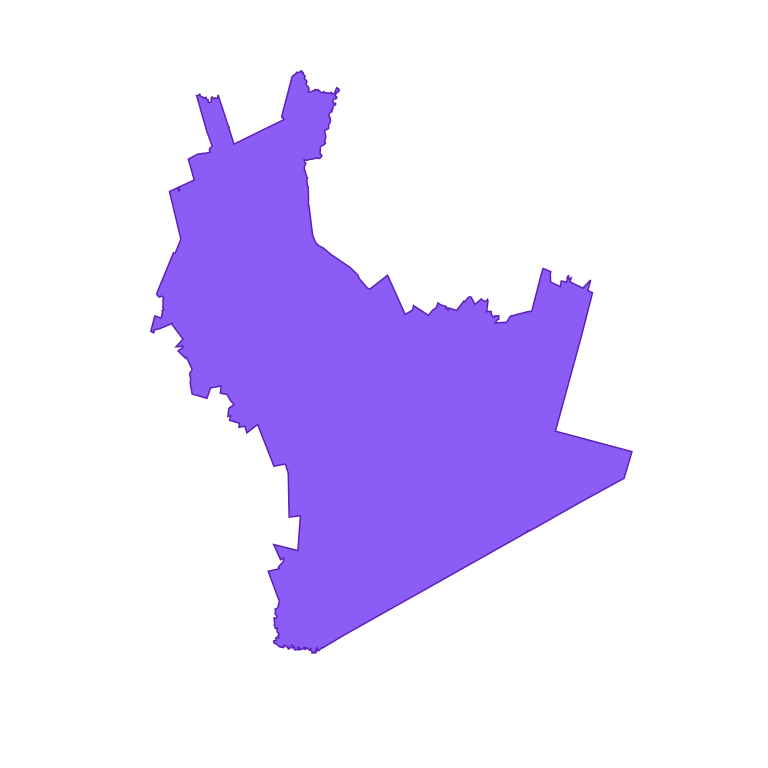 China, Nuevo León, Mexico (Equal Earth projection), rotated 15°
{"feature_id": "50627088B55287529852114", "entity_name": "China", "entity_type": "district", "adm_level": 2, "iso_a3": "MEX", "parent_name": "Mexico", "parent_adm1": "Nuevo León", "projection": "equal_earth", "projection_center": [-99.08, 25.492], "detail": "fine", "context": "isolated", "style": "filled", "palette": "violet", "viewbox_px": 768, "rotation_deg": 15, "n_neighbors": 0, "source": "geoboundaries", "source_scale": "gbopen_adm2", "svg_char_len": 6158}
<svg xmlns="http://www.w3.org/2000/svg" viewBox="0 0 768 768"><g transform="rotate(15 384 384)"><path d="M215.9,110.4L215.7,111.1L215.9,152.0L216.8,153.4L217.9,153.2L218.8,154.6L177.0,191.1L168.0,177.1L168.2,176.4L167.9,175.8L167.2,175.8L149.3,148.2L148.9,148.3L148.9,148.9L149.8,150.3L149.4,150.9L148.9,150.7L148.6,151.4L147.8,151.5L147.1,151.3L146.5,152.2L146.1,152.3L145.7,152.0L144.8,152.0L143.9,151.3L143.3,151.4L143.1,152.2L143.7,152.8L143.3,154.0L144.1,154.9L144.1,155.8L142.5,157.4L141.1,157.4L140.8,155.1L140.4,154.9L139.9,155.2L139.2,155.1L138.5,154.5L138.3,153.5L138.1,153.3L137.6,153.3L135.9,154.8L135.4,153.9L134.3,153.9L132.0,153.3L131.4,152.7L131.4,152.0L131.1,151.7L129.2,153.9L128.4,154.0L148.0,186.7L156.4,198.5L154.5,202.2L156.0,205.0L151.2,207.6L149.1,208.2L144.4,210.3L136.8,217.4L147.9,236.1L134.8,247.0L136.5,250.0L135.7,250.7L134.0,247.7L127.0,253.6L150.3,296.6L148.5,311.7L146.7,311.7L141.2,354.0L141.3,356.4L144.1,358.2L146.5,356.8L148.5,357.5L148.9,358.8L148.7,360.5L149.9,363.5L150.5,367.3L151.1,368.2L151.8,368.6L150.8,370.5L151.2,370.6L151.7,376.5L151.3,378.3L148.1,377.6L145.0,377.6L145.1,393.5L148.2,394.2L148.5,390.9L152.8,388.8L163.7,380.3L164.0,381.5L178.2,392.7L173.4,401.9L175.5,401.4L179.7,399.3L180.4,401.0L179.2,401.8L176.5,405.4L184.5,409.9L184.8,409.4L186.0,410.4L186.5,409.7L188.7,412.3L190.0,413.4L190.7,414.6L194.9,419.5L193.5,424.4L195.8,428.7L196.6,433.3L201.2,443.3L216.7,443.7L217.4,432.8L227.0,428.1L227.3,428.3L228.3,435.3L234.9,434.7L239.6,439.4L244.5,443.0L240.6,447.1L240.6,449.0L241.6,455.8L243.9,454.3L244.3,459.1L254.2,459.3L254.4,459.1L255.0,463.4L260.6,460.8L264.2,466.7L272.4,455.8L299.0,491.9L309.4,486.8L314.6,495.0L326.8,537.1L337.4,532.9L343.9,567.2L319.0,567.6L329.6,580.5L332.0,578.2L332.7,581.4L329.3,588.2L330.6,589.6L320.6,594.9L338.4,619.9L339.2,619.9L339.2,626.4L339.7,626.7L339.1,628.0L337.1,629.7L337.7,629.9L338.0,630.4L337.9,632.8L338.4,634.3L340.1,635.5L340.6,636.2L340.8,636.8L340.5,638.0L338.4,638.3L338.3,638.6L340.0,642.5L340.4,644.0L340.4,645.6L341.5,646.6L342.1,648.1L343.0,648.1L344.1,647.2L344.4,648.0L344.3,649.5L344.9,651.0L345.5,651.7L346.6,651.9L347.3,652.5L347.2,653.8L346.7,654.6L347.9,655.9L348.0,656.3L346.3,656.4L345.3,657.0L345.2,657.8L346.3,659.1L346.3,659.4L345.7,660.0L344.4,660.3L343.9,661.0L344.2,661.9L345.0,662.4L345.6,663.1L347.6,663.0L351.3,664.9L352.8,665.0L353.9,664.5L354.9,664.8L355.5,664.2L355.0,663.4L354.9,662.6L356.1,662.2L357.2,662.5L358.0,663.2L359.4,662.9L359.7,664.2L360.2,664.8L362.2,662.8L361.9,661.1L362.4,660.2L363.1,660.1L363.7,660.4L364.0,661.1L363.9,662.6L364.3,662.6L365.4,661.7L366.1,661.9L366.1,663.5L366.7,663.9L368.8,663.2L369.9,661.8L370.0,661.3L369.8,661.1L369.4,661.0L369.1,661.4L368.9,661.2L368.9,660.8L369.5,660.4L370.1,660.4L370.8,660.9L370.9,661.4L370.4,662.3L370.5,662.8L374.3,661.0L374.8,659.4L375.2,659.1L376.1,659.2L376.0,660.5L376.5,660.9L376.9,660.6L377.2,659.0L379.1,659.3L381.0,660.5L381.6,660.1L381.7,658.7L382.2,659.1L382.5,659.8L383.8,661.6L384.1,662.5L384.9,662.3L385.9,661.2L386.3,661.3L386.4,661.7L387.6,661.3L387.9,660.4L387.2,659.6L387.4,658.4L387.1,657.5L387.6,656.3L388.0,656.3L388.6,657.2L387.8,658.5L387.8,659.1L388.4,659.1L389.0,658.4L390.2,658.3L390.7,657.7L390.9,656.9L392.0,655.0L392.4,654.9L392.7,655.2L410.4,636.9L560.7,489.9L560.2,489.2L561.4,488.1L561.9,488.8L568.3,482.8L603.1,448.5L640.3,412.9L641.0,385.2L561.8,385.2L562.3,287.3L561.8,241.9L556.7,240.9L556.7,230.0L551.8,238.9L551.6,239.9L537.3,237.3L537.3,233.1L535.8,234.7L535.6,234.0L535.1,234.2L534.2,232.9L534.4,231.7L533.9,231.8L534.0,232.9L533.3,233.4L534.1,236.6L533.7,238.9L533.1,238.8L532.9,238.3L528.6,238.6L529.0,244.3L518.6,242.4L516.2,234.9L516.1,232.4L509.0,231.3L508.0,231.6L507.7,231.4L507.5,238.4L507.9,275.4L503.1,277.5L488.4,285.9L486.5,292.6L475.7,296.2L476.8,292.5L478.1,292.0L477.2,288.4L473.3,289.7L473.3,290.7L472.2,291.2L471.6,290.2L470.2,289.6L468.7,286.2L468.2,286.2L467.4,286.9L465.6,286.7L464.6,287.2L464.4,287.6L463.0,277.0L462.1,275.4L460.8,278.0L457.2,277.6L456.0,276.6L451.4,283.6L445.6,277.5L443.5,277.8L441.2,282.3L441.0,283.8L439.6,283.3L435.2,294.1L427.0,293.8L426.7,295.9L425.7,295.6L425.6,295.2L425.3,295.1L425.3,294.2L424.1,293.3L423.6,294.2L422.9,293.0L418.6,292.9L415.0,291.8L415.1,293.6L414.8,296.6L411.6,300.5L409.3,306.2L392.3,300.6L392.5,305.2L386.4,311.3L359.3,278.0L345.8,296.0L343.1,295.6L332.8,288.6L330.7,285.6L321.2,280.3L300.4,273.0L289.4,268.1L285.5,267.5L281.1,264.8L276.6,258.9L265.6,231.7L265.1,230.5L264.5,230.7L263.2,224.8L259.7,213.1L258.4,211.6L256.3,205.9L256.9,204.9L255.8,204.3L255.2,202.7L254.4,202.0L253.6,200.5L252.9,198.7L251.6,197.5L250.8,194.0L251.3,192.0L251.1,192.0L251.1,190.7L250.2,191.0L248.8,187.8L250.7,188.1L251.5,187.9L255.0,185.8L256.5,185.4L260.3,183.3L263.2,182.9L264.7,180.9L264.8,179.3L264.4,178.9L263.5,178.8L262.3,177.1L262.1,174.8L261.6,173.5L261.2,171.3L262.1,170.0L264.3,168.4L265.1,166.4L263.9,164.9L263.9,160.6L262.3,156.9L261.3,155.5L261.1,155.1L261.5,154.0L263.5,152.5L264.3,151.7L264.4,151.1L263.3,148.1L264.1,146.3L264.2,143.9L262.9,140.5L262.3,139.9L261.3,139.3L261.2,137.6L261.6,135.6L263.3,134.5L263.1,133.6L262.4,132.8L262.5,132.2L263.4,131.9L263.1,130.7L263.0,128.4L263.5,127.8L264.7,127.2L264.9,126.5L264.7,125.5L262.8,125.8L261.8,125.4L261.4,124.6L261.9,121.5L262.1,121.2L263.7,121.1L264.3,119.9L264.3,119.6L263.4,118.5L262.5,118.7L262.0,117.6L262.9,115.0L264.6,113.1L264.7,112.0L264.6,111.5L263.4,110.4L261.6,110.1L261.0,114.3L261.1,115.7L260.3,116.6L258.4,117.1L257.8,116.0L257.4,116.0L256.4,117.2L254.5,117.3L252.5,118.0L251.6,117.6L250.3,117.6L249.9,117.2L249.6,117.5L249.3,118.5L248.3,119.0L247.0,118.5L246.1,117.5L245.3,117.6L244.8,117.0L243.6,116.8L242.4,117.7L241.3,117.3L241.0,117.7L241.3,118.2L241.0,118.8L240.2,118.9L239.1,119.4L237.4,121.1L235.8,121.7L235.3,121.1L235.6,119.1L234.7,117.8L234.3,116.8L232.7,116.0L230.9,113.9L231.3,111.8L230.3,110.7L228.2,110.0L227.9,109.4L228.3,107.8L228.0,107.0L226.6,105.9L225.6,105.7L225.5,104.5L225.0,104.0L224.3,104.2L223.7,103.0L222.7,103.2L221.7,104.6L220.3,105.4L219.0,105.5L218.5,107.4L217.4,108.2L216.4,110.0L215.9,110.4Z" fill="#8b5cf6" stroke="#5b21b6" stroke-width="1.5"/></g></svg>